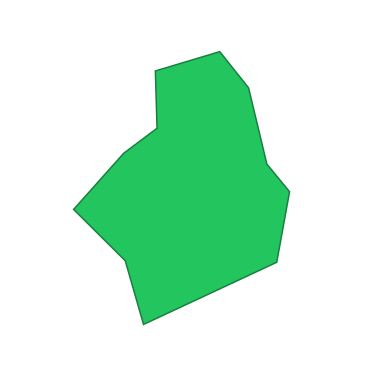 an SVG outline of Kirkop, rotated 21°
{"feature_id": "MLT-5970", "entity_name": "Kirkop", "entity_type": "state/province", "adm_level": 1, "iso_a3": "MLT", "parent_name": "Malta", "parent_adm1": "", "projection": "equal_earth", "projection_center": [14.483, 35.841], "detail": "fine", "context": "isolated", "style": "filled", "palette": "green", "viewbox_px": 384, "rotation_deg": 21, "n_neighbors": 0, "source": "natural_earth", "source_scale": "10m", "svg_char_len": 310}
<svg xmlns="http://www.w3.org/2000/svg" viewBox="0 0 384 384"><g transform="rotate(21 192 192)"><path d="M194.2,333.0L154.3,280.1L87.7,250.7L114.4,180.2L136.5,145.0L114.4,92.1L167.6,51.0L207.5,74.5L251.9,139.1L283.0,156.8L296.3,227.2L194.2,333.0Z" fill="#22c55e" stroke="#15803d" stroke-width="1.5"/></g></svg>